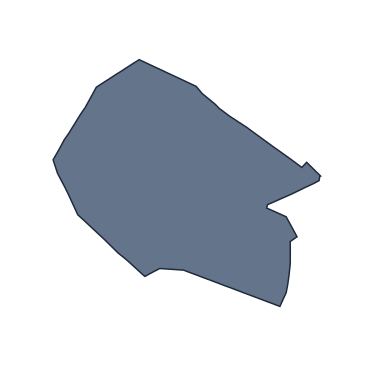 the district of Santa Ana Zegache, Oaxaca, Mexico, rotated 129°
{"feature_id": "50627088B25823982981856", "entity_name": "Santa Ana Zegache", "entity_type": "district", "adm_level": 2, "iso_a3": "MEX", "parent_name": "Mexico", "parent_adm1": "Oaxaca", "projection": "equal_earth", "projection_center": [-96.738, 16.839], "detail": "fine", "context": "isolated", "style": "filled", "palette": "slate", "viewbox_px": 384, "rotation_deg": 129, "n_neighbors": 0, "source": "geoboundaries", "source_scale": "gbopen_adm2", "svg_char_len": 2054}
<svg xmlns="http://www.w3.org/2000/svg" viewBox="0 0 384 384"><g transform="rotate(129 192 192)"><path d="M98.7,102.1L98.2,107.0L98.0,109.6L97.8,111.2L97.6,113.1L97.5,114.1L97.0,119.4L96.8,121.6L103.8,122.1L104.3,134.1L104.3,134.4L104.5,138.0L104.9,144.7L105.4,152.8L105.7,157.1L106.4,171.4L106.7,176.9L106.7,177.7L106.8,178.8L106.8,180.0L106.9,180.8L106.9,181.9L107.0,182.7L107.0,183.6L107.1,184.7L107.1,185.9L107.2,186.9L107.2,187.6L107.2,188.3L107.3,189.8L107.3,190.2L107.4,191.0L107.7,193.7L107.8,194.8L107.9,195.6L108.0,197.0L108.1,198.0L108.2,198.7L108.3,199.4L108.4,200.6L108.5,202.0L108.7,203.5L108.7,204.2L108.8,204.9L109.0,206.5L109.2,208.4L109.4,210.5L109.6,215.7L109.7,218.8L109.9,223.4L109.9,223.6L109.5,226.8L109.2,229.1L109.2,229.9L109.2,231.2L109.1,243.2L109.1,245.6L109.1,245.9L107.3,255.3L108.7,261.0L122.4,316.4L124.8,317.1L129.3,318.7L134.5,320.4L144.9,323.8L146.3,324.3L148.3,325.0L157.6,328.0L162.4,329.6L170.8,332.3L181.7,330.3L182.7,330.1L191.8,328.5L193.1,328.2L194.3,328.1L199.9,327.7L203.1,327.4L204.4,327.2L208.6,326.7L212.1,326.2L212.9,326.1L213.7,326.0L217.1,325.6L220.1,325.2L223.6,324.7L224.0,324.7L227.9,324.4L228.8,324.4L229.9,324.3L230.8,324.2L231.7,324.2L232.0,324.1L242.0,322.2L254.4,320.2L262.2,308.1L268.0,294.5L271.1,287.7L281.6,266.4L282.0,259.0L282.4,253.4L282.5,251.7L282.6,251.1L284.0,230.5L286.0,210.3L285.9,209.8L285.9,200.2L286.6,188.1L287.1,179.5L287.2,178.8L287.2,175.4L282.6,173.6L282.4,173.5L277.9,171.6L272.2,169.1L271.9,169.0L269.8,166.1L265.2,159.6L258.9,150.6L258.1,149.6L256.7,145.3L253.2,134.9L251.4,129.3L247.1,116.5L245.6,111.9L244.6,108.8L243.6,105.8L242.7,103.3L240.2,95.7L238.9,91.9L238.2,89.6L237.4,87.2L225.6,51.7L210.9,55.5L203.8,59.3L195.8,64.1L185.5,70.8L182.2,73.5L176.2,78.3L168.7,84.5L160.7,82.2L158.0,88.7L157.5,89.8L152.0,103.3L156.7,121.0L157.5,123.9L154.3,125.3L141.2,118.6L136.2,116.0L130.1,112.9L121.4,108.8L116.2,106.4L114.5,105.5L110.9,103.8L110.5,103.6L108.9,102.8L105.1,101.2L103.2,100.4L99.5,102.5L98.7,102.1Z" fill="#64748b" stroke="#1e293b" stroke-width="1.5"/></g></svg>